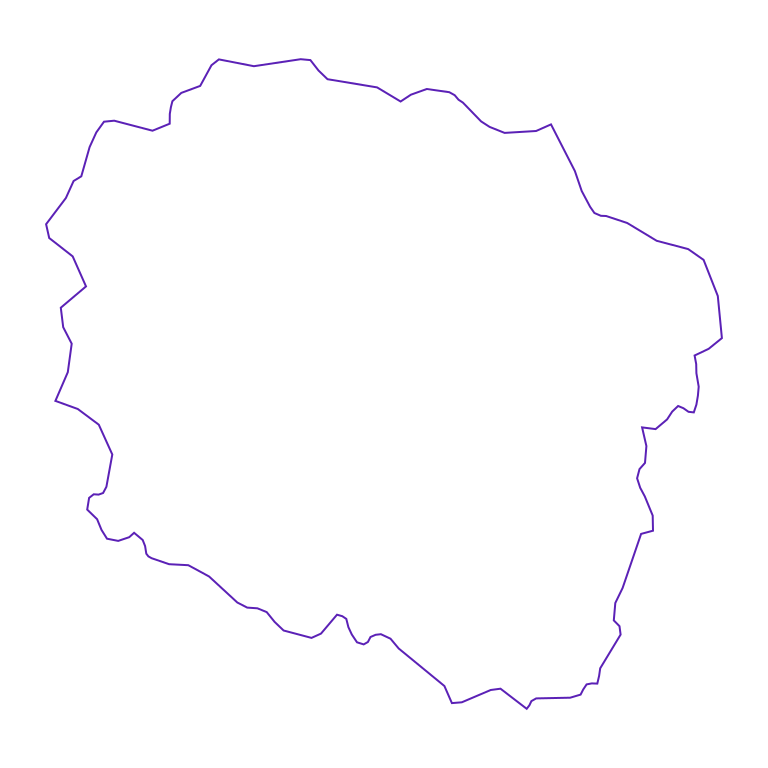 an SVG outline of Kuyavian-Pomeranian
{"feature_id": "POL-3145", "entity_name": "Kuyavian-Pomeranian", "entity_type": "Voivodeship", "adm_level": 1, "iso_a3": "POL", "parent_name": "Poland", "parent_adm1": "", "projection": "mercator", "projection_center": [18.543, 52.987], "detail": "fine", "context": "isolated", "style": "outline", "palette": "violet", "viewbox_px": 768, "rotation_deg": 0, "n_neighbors": 0, "source": "natural_earth", "source_scale": "10m", "svg_char_len": 1843}
<svg xmlns="http://www.w3.org/2000/svg" viewBox="0 0 768 768"><path d="M721.9,338.1L708.7,348.8L694.6,355.5L696.2,364.1L696.4,373.2L698.7,386.7L697.9,395.7L696.4,404.6L693.8,412.4L688.5,411.8L683.4,408.2L678.1,406.0L672.2,411.6L667.1,419.4L655.6,429.1L642.1,427.4L646.4,446.1L645.0,462.9L639.5,469.1L637.1,478.3L640.2,487.8L644.8,496.4L652.7,515.6L653.0,530.7L641.1,533.9L622.6,588.0L615.3,603.0L613.8,620.4L619.5,626.2L620.6,634.6L600.2,668.3L599.1,675.9L597.3,683.6L591.8,683.4L586.6,684.4L583.2,689.5L580.6,694.6L570.2,697.7L536.2,698.4L531.4,701.1L529.4,705.3L526.7,708.8L500.5,688.7L490.7,690.0L461.8,702.3L451.9,703.1L444.4,686.0L398.7,648.5L390.5,638.7L380.9,634.2L375.6,634.8L370.5,637.0L367.9,642.0L363.7,644.4L357.0,642.3L351.8,634.5L348.4,627.2L346.3,618.9L342.3,616.2L337.0,614.7L321.0,633.6L311.5,637.9L283.6,630.5L274.7,622.0L266.7,612.1L257.4,608.3L247.2,607.6L237.3,602.5L209.1,576.5L188.3,565.2L169.1,564.2L151.6,558.2L148.4,556.4L146.3,553.7L145.1,546.1L142.7,540.0L134.1,532.8L129.2,537.2L118.2,540.9L107.0,538.7L101.5,529.9L97.1,519.2L87.2,509.6L89.1,497.9L93.7,494.3L98.6,494.6L103.1,493.0L106.4,486.8L112.3,454.5L98.8,424.7L77.8,409.0L55.4,400.9L67.8,372.2L71.7,343.7L63.2,327.2L60.8,307.7L86.0,286.4L72.7,256.4L49.2,238.0L46.1,224.2L65.9,198.0L73.6,181.0L81.3,176.3L89.6,147.1L96.3,132.4L104.0,121.7L114.2,120.7L152.5,130.7L169.7,123.7L169.8,113.9L170.9,107.2L172.4,101.2L181.3,92.9L200.2,85.9L211.5,65.2L218.9,59.4L253.9,66.2L300.7,59.2L310.4,60.1L318.5,70.5L327.5,79.2L377.1,87.4L400.6,101.5L410.9,94.7L426.8,89.0L449.3,92.2L454.7,95.2L458.5,99.7L462.9,102.6L481.1,121.4L489.6,126.9L504.6,132.9L536.1,131.0L551.0,124.4L574.9,171.1L581.7,191.0L590.1,206.8L594.4,213.0L600.9,215.8L606.1,216.0L627.2,223.0L656.7,240.8L688.2,249.1L703.6,259.9L717.8,296.0L721.9,338.1Z" fill="none" stroke="#5b21b6" stroke-width="2"/></svg>